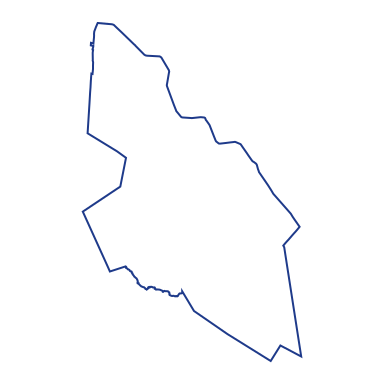 outline of Praxedis G. Guerrero, Chihuahua, Mexico
{"feature_id": "50627088B15467303172714", "entity_name": "Praxedis G. Guerrero", "entity_type": "district", "adm_level": 2, "iso_a3": "MEX", "parent_name": "Mexico", "parent_adm1": "Chihuahua", "projection": "natural_earth1", "projection_center": [-105.952, 31.249], "detail": "fine", "context": "isolated", "style": "outline", "palette": "blue", "viewbox_px": 384, "rotation_deg": 0, "n_neighbors": 0, "source": "geoboundaries", "source_scale": "gbopen_adm2", "svg_char_len": 4588}
<svg xmlns="http://www.w3.org/2000/svg" viewBox="0 0 384 384"><path d="M299.6,226.8L294.5,219.5L292.6,216.7L290.8,213.7L273.3,193.8L272.6,192.6L271.3,190.4L268.0,185.2L259.0,172.1L258.6,170.7L258.0,169.2L257.2,166.2L256.8,164.8L256.1,163.7L254.4,162.4L253.7,161.9L252.6,161.3L252.1,160.7L251.5,159.9L248.7,155.9L247.6,154.3L247.1,153.5L243.1,147.8L240.7,144.3L240.2,144.0L236.0,142.2L235.1,141.9L234.6,141.9L234.0,142.0L230.4,142.4L225.6,143.0L222.1,143.4L220.2,143.6L219.6,143.6L218.8,143.5L216.1,141.4L215.6,140.5L214.3,137.2L214.2,137.0L209.6,125.2L209.1,124.4L206.5,120.7L205.8,119.9L205.3,118.4L205.0,117.9L204.2,117.5L201.1,117.2L200.3,117.2L191.8,118.1L190.8,118.0L183.2,117.5L182.1,117.4L181.1,116.9L180.6,116.3L177.9,113.0L176.3,111.1L176.0,110.2L173.9,104.9L167.0,86.2L166.8,85.1L167.1,83.5L168.9,73.0L169.2,71.6L168.8,70.1L161.4,57.6L160.7,57.0L159.7,56.4L147.0,55.7L146.9,55.7L145.5,55.4L144.3,54.7L135.4,45.7L135.2,45.3L134.3,44.6L121.8,32.5L116.5,27.5L113.8,24.9L112.5,24.4L111.3,24.2L108.7,24.0L97.7,23.0L97.0,24.5L96.9,24.9L96.0,26.9L95.3,28.8L94.3,31.4L94.2,32.1L94.1,33.3L94.0,34.0L94.1,35.0L94.0,37.4L93.9,38.3L93.4,43.5L92.7,43.2L91.8,43.0L91.0,42.8L90.8,45.4L91.1,45.5L91.7,45.6L92.1,45.7L92.4,45.8L92.7,45.8L93.2,45.9L93.3,45.9L93.3,46.4L93.2,46.8L93.0,48.0L92.8,48.2L92.6,49.0L92.5,49.6L93.1,50.0L92.8,51.8L92.7,52.8L92.7,53.8L92.8,60.1L92.7,60.3L92.8,60.9L92.9,61.4L93.1,62.1L93.1,62.7L93.0,65.6L93.0,67.3L93.0,69.0L92.6,73.1L92.5,73.7L92.5,73.9L91.4,73.6L91.3,75.0L91.1,77.0L91.0,79.2L90.9,80.0L90.6,85.4L90.5,87.4L90.1,92.7L89.9,96.2L89.5,103.0L87.6,133.3L117.0,151.3L126.0,157.8L120.3,186.6L82.8,211.6L108.0,267.2L109.9,271.5L125.6,266.4L126.1,266.8L125.9,267.4L125.9,267.7L126.1,268.0L126.3,268.1L126.7,268.1L127.0,268.3L127.3,268.5L127.5,268.8L127.6,269.1L127.8,269.3L128.1,269.4L128.5,269.4L128.9,269.7L129.4,269.9L129.8,270.7L130.1,271.1L130.3,271.2L130.7,271.3L131.0,271.4L131.3,271.4L131.5,271.5L131.7,271.8L131.8,272.2L131.7,272.6L131.9,273.0L132.2,273.1L132.5,273.3L132.6,273.5L132.6,274.3L132.8,274.6L133.2,274.9L133.4,275.2L133.8,275.7L134.1,276.2L134.2,276.5L134.5,276.8L134.9,277.0L135.1,277.2L135.3,277.5L136.0,278.0L136.3,278.3L136.6,278.5L137.1,279.5L137.2,279.8L137.4,280.0L137.5,280.3L137.6,280.5L137.6,280.9L137.8,281.5L137.6,282.2L137.5,282.6L137.5,283.0L137.6,283.3L137.8,283.4L138.1,283.3L138.3,283.2L138.6,283.2L138.7,283.7L138.8,284.0L139.2,284.4L139.5,284.7L139.7,284.9L140.0,285.2L140.3,285.5L140.8,285.9L141.3,286.4L142.2,286.7L143.1,287.1L143.7,287.2L144.1,287.3L144.3,287.6L144.9,288.0L145.1,288.2L145.2,288.5L145.5,289.0L145.8,289.1L146.1,289.1L146.4,289.2L146.7,289.3L146.8,289.5L147.1,289.3L147.2,289.1L147.4,289.0L147.5,288.8L147.5,288.7L147.8,288.6L148.1,288.5L148.2,288.4L148.2,288.2L148.1,287.9L148.1,287.7L148.3,287.6L148.6,287.8L148.8,287.8L148.9,287.7L148.7,287.3L148.7,287.1L148.8,287.1L149.0,287.0L149.3,287.1L149.5,287.2L149.7,287.3L149.8,287.4L150.0,287.3L150.0,287.2L150.1,286.9L150.3,286.9L150.4,287.0L150.5,286.9L150.9,286.8L151.1,286.9L151.3,286.8L151.5,286.8L152.4,287.1L153.0,287.5L153.3,287.5L153.9,287.4L154.5,287.4L154.7,287.5L154.8,287.6L154.9,287.8L154.8,288.4L154.8,288.6L154.8,288.8L155.1,288.8L155.3,288.9L155.6,289.0L155.8,289.2L155.9,289.4L156.0,289.6L156.3,289.6L156.7,289.5L157.1,289.4L157.6,289.5L158.2,289.5L158.8,289.5L159.2,289.6L159.7,289.7L160.1,289.8L160.6,290.0L161.2,290.3L162.2,290.7L162.8,291.0L162.7,291.3L162.8,291.6L162.8,291.8L163.0,291.9L163.3,291.8L163.6,291.5L163.8,291.2L164.1,291.0L164.5,290.9L165.0,291.1L165.5,291.2L166.3,291.2L167.0,291.2L167.8,291.3L168.3,291.5L168.6,291.8L168.7,292.2L169.3,292.5L169.3,293.0L169.3,293.4L169.4,293.6L169.5,293.9L169.6,294.0L169.5,294.3L169.4,294.5L169.6,295.0L170.9,295.6L171.3,295.8L171.7,295.9L172.3,296.0L172.5,295.9L172.9,295.9L173.1,295.9L173.4,295.8L173.7,295.8L174.0,295.9L174.6,296.2L175.0,296.3L175.3,296.3L175.5,296.3L175.6,296.2L175.9,296.0L176.2,296.0L176.5,296.2L176.9,296.4L177.0,296.4L177.1,296.2L177.3,296.2L177.5,296.1L177.8,296.0L177.8,295.6L178.1,295.4L178.5,294.9L178.8,294.3L179.0,294.1L179.4,293.6L179.8,293.4L180.1,293.4L180.3,293.5L180.9,293.4L181.4,293.3L181.7,293.3L182.0,293.2L182.4,292.8L182.5,292.4L182.5,292.1L182.4,291.9L182.2,291.7L182.2,291.3L194.0,311.0L226.9,333.7L227.8,334.3L270.7,361.0L280.4,345.5L301.2,356.5L285.5,255.6L284.4,248.4L284.2,247.2L283.3,245.6L283.9,244.9L284.4,244.3L284.5,244.1L286.7,241.6L289.2,238.9L289.3,238.7L291.0,236.8L291.3,236.4L292.0,235.6L294.2,233.1L294.3,233.0L295.5,231.7L296.1,231.0L296.8,230.2L298.3,228.4L299.6,226.8Z" fill="none" stroke="#1e3a8a" stroke-width="2"/></svg>